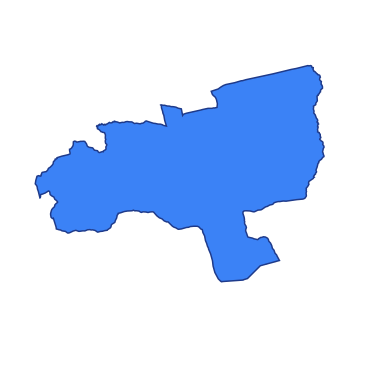 Chunya, Mbeya, United Republic of Tanzania (Robinson projection), rotated 77°
{"feature_id": "72390352B92011686492741", "entity_name": "Chunya", "entity_type": "district", "adm_level": 2, "iso_a3": "TZA", "parent_name": "United Republic of Tanzania", "parent_adm1": "Mbeya", "projection": "robinson", "projection_center": [33.407, -7.806], "detail": "fine", "context": "isolated", "style": "filled", "palette": "blue", "viewbox_px": 384, "rotation_deg": 77, "n_neighbors": 0, "source": "geoboundaries", "source_scale": "gbopen_adm2", "svg_char_len": 6023}
<svg xmlns="http://www.w3.org/2000/svg" viewBox="0 0 384 384"><g transform="rotate(77 192 192)"><path d="M278.4,122.2L273.6,123.5L272.4,123.7L270.2,124.9L267.1,125.2L265.1,126.3L262.0,126.4L259.4,127.0L257.3,128.2L255.3,128.3L254.2,128.7L253.6,129.2L252.4,130.6L251.7,132.5L251.9,134.3L251.7,135.2L252.5,137.6L253.0,138.2L253.2,138.7L251.3,142.6L250.7,143.1L248.6,147.5L247.9,147.8L244.6,148.1L242.0,148.5L240.5,148.0L238.9,147.0L237.2,147.1L235.2,147.8L234.0,147.8L232.7,147.3L231.5,147.4L230.3,147.0L228.2,146.9L224.3,147.2L222.9,146.8L222.2,145.6L222.2,144.8L222.5,143.3L223.5,139.8L225.1,136.7L225.3,135.5L224.5,131.9L224.9,128.9L224.7,127.9L223.0,123.6L223.0,121.9L222.2,119.3L222.2,116.5L222.0,115.8L220.9,114.3L220.7,111.6L220.7,110.3L221.1,108.5L221.3,105.2L222.1,102.4L223.0,91.7L223.8,85.9L223.8,84.7L223.4,83.3L221.9,81.7L221.4,81.4L218.7,81.1L217.2,80.3L216.0,80.4L214.9,79.9L214.0,79.9L212.7,78.1L211.0,76.5L210.7,76.3L209.6,76.5L208.0,75.7L206.1,70.9L205.3,70.2L205.1,69.6L204.4,70.1L203.2,69.2L203.2,68.9L202.6,68.5L202.4,67.7L201.3,67.3L201.1,66.8L200.4,66.1L198.8,66.3L197.8,65.8L195.9,64.5L192.5,62.8L192.0,61.9L190.8,61.6L189.5,59.5L189.4,58.8L189.0,58.2L188.5,57.8L187.4,56.3L187.2,55.5L186.2,55.3L184.9,55.6L183.4,55.5L182.4,55.8L179.2,54.3L178.1,53.3L176.9,53.2L175.1,53.9L173.8,53.3L172.8,53.3L172.1,53.7L171.4,54.6L170.6,54.9L169.5,55.7L168.7,55.3L168.1,54.3L167.5,54.2L166.9,54.5L164.6,54.1L163.3,54.8L162.7,54.7L161.7,56.1L160.7,55.7L159.5,55.7L157.1,54.5L156.7,55.0L156.1,54.7L155.4,54.6L154.5,54.0L154.2,53.4L153.2,54.0L152.6,53.7L152.1,54.4L151.6,54.3L151.4,53.9L150.5,53.4L149.4,53.5L148.0,54.2L144.5,54.6L142.4,55.6L140.6,54.9L138.5,55.1L136.7,54.4L135.7,54.4L134.8,51.9L134.3,51.6L133.8,51.6L133.2,51.3L131.4,49.4L127.2,48.7L126.6,48.5L126.2,47.3L125.3,47.1L125.1,46.3L123.3,44.6L123.3,44.3L121.7,43.8L120.9,42.8L120.4,41.6L119.0,41.2L117.2,41.3L116.3,41.9L114.6,41.6L113.4,41.1L112.3,42.0L111.1,42.4L109.5,41.8L109.0,41.1L107.1,41.3L106.5,41.9L106.0,43.0L105.2,43.2L104.7,43.8L102.7,44.9L101.5,46.2L101.0,46.1L100.0,46.5L98.1,45.9L97.7,47.1L96.4,47.1L95.8,47.5L95.5,48.0L95.4,49.7L94.9,50.6L94.9,51.3L95.1,62.7L94.9,67.8L95.1,86.5L94.7,114.2L94.9,117.6L94.7,119.1L95.1,125.9L94.9,134.8L95.3,137.5L96.3,140.5L97.5,143.3L98.2,150.6L101.5,150.2L103.0,149.4L104.3,148.3L105.8,147.7L107.5,147.4L111.7,147.4L115.2,148.6L115.2,151.1L114.9,152.2L115.0,153.6L114.1,157.5L114.0,163.1L114.1,165.0L114.0,179.7L114.2,182.0L114.3,182.8L115.3,183.9L108.6,183.7L107.2,186.7L105.7,188.6L104.6,191.2L104.1,193.2L103.3,194.5L102.6,196.9L101.3,199.2L101.1,200.4L100.1,202.6L100.2,202.9L100.9,202.4L103.2,202.8L106.6,202.5L108.6,202.6L111.1,202.2L116.1,202.5L122.0,202.1L120.6,205.0L119.8,205.7L118.8,207.5L118.1,210.0L117.0,212.2L116.3,214.2L112.5,220.6L112.6,221.6L113.3,222.6L113.9,224.4L113.7,225.6L113.9,227.3L112.5,230.5L112.3,232.7L110.2,234.8L109.4,237.8L108.9,238.7L108.6,240.4L108.9,242.7L108.4,244.3L108.4,246.9L106.9,249.2L106.4,250.6L105.6,251.4L105.6,251.9L106.1,252.0L106.2,252.3L105.9,253.4L105.9,253.7L106.4,254.0L106.5,255.0L106.2,256.3L105.6,256.9L106.6,259.2L106.6,260.4L106.9,260.6L106.8,260.9L107.1,261.4L106.4,262.1L106.9,262.8L106.8,263.2L106.4,263.3L105.3,264.5L105.8,264.8L105.5,266.2L105.9,266.1L106.0,267.0L105.4,267.2L105.7,267.6L105.7,268.0L106.4,268.3L106.4,269.3L106.0,269.6L106.2,270.0L106.5,270.2L107.2,270.0L108.0,269.5L108.4,269.5L108.7,269.9L109.1,269.9L110.5,268.3L112.9,267.0L113.1,266.3L113.7,265.7L114.5,263.9L116.9,263.5L120.1,264.4L121.2,264.1L121.9,264.7L123.6,265.2L125.3,265.2L126.3,264.4L126.7,264.4L127.6,264.8L128.7,265.8L130.7,266.1L131.3,266.7L132.1,269.1L132.7,269.4L132.5,269.7L132.6,271.9L132.8,272.8L132.6,273.7L131.9,274.3L130.5,274.8L129.3,277.7L126.8,278.8L126.5,279.2L125.3,282.2L124.4,283.2L123.7,283.7L121.2,284.0L118.6,285.1L118.1,286.4L117.9,287.9L117.6,288.9L117.5,292.9L117.1,293.5L116.5,293.8L116.0,295.2L116.4,296.3L119.3,297.1L120.2,297.6L122.1,299.5L122.8,301.0L122.8,301.7L124.3,302.0L126.7,302.0L127.5,302.4L127.8,304.4L127.8,310.8L128.2,315.8L128.8,315.8L129.0,316.0L129.3,317.0L129.1,317.8L130.5,318.7L131.0,319.8L131.5,320.3L133.2,320.9L134.5,322.3L136.0,324.7L136.4,326.0L136.9,326.8L137.9,327.4L139.3,329.3L139.2,333.5L139.9,334.3L141.2,334.9L141.5,335.4L142.2,335.4L142.5,335.8L142.3,336.6L141.6,337.6L141.7,339.4L141.4,339.2L145.4,341.5L148.8,342.9L150.7,342.0L152.0,341.7L154.3,341.9L156.7,341.6L163.5,341.5L163.4,341.1L161.8,340.4L161.0,340.3L160.4,339.9L160.4,337.8L160.1,336.8L160.1,335.7L158.7,331.6L159.3,330.9L160.0,330.6L162.6,330.8L164.3,329.5L165.9,327.7L168.2,327.3L169.8,326.0L171.4,325.2L171.9,325.4L172.9,327.4L173.6,328.4L175.5,329.4L176.4,331.1L177.4,332.4L178.3,333.1L181.1,334.6L182.4,334.9L184.9,335.0L186.4,334.0L186.6,333.6L186.4,333.0L195.6,332.3L197.5,332.5L199.0,329.8L199.3,328.8L200.6,327.4L201.9,324.2L203.9,322.5L204.2,321.3L204.1,320.1L203.3,316.5L203.2,313.8L204.8,311.3L205.0,310.5L205.3,307.1L205.8,305.1L205.3,302.0L205.6,300.8L205.6,300.0L206.3,298.9L206.5,297.4L207.7,295.0L209.7,293.2L209.9,292.7L209.8,290.2L210.1,288.0L210.0,285.7L210.2,283.2L209.8,282.8L208.5,279.5L207.7,278.8L205.9,278.0L205.3,277.1L204.3,274.1L202.6,273.1L201.3,272.1L200.9,271.6L199.0,270.6L198.0,270.3L197.5,269.8L197.2,269.2L196.2,268.8L196.2,266.2L195.8,262.4L196.0,259.2L196.8,254.6L196.5,253.2L197.4,252.1L197.8,250.2L198.7,247.9L200.0,246.7L200.5,245.8L200.3,244.2L201.2,241.2L202.0,239.7L202.1,239.0L202.0,237.7L202.4,234.9L203.0,233.9L207.3,231.6L209.8,229.6L211.5,227.2L213.9,225.6L215.4,223.5L215.8,222.0L220.9,218.8L222.3,217.4L223.2,215.9L224.9,214.2L225.3,213.5L225.6,210.6L225.3,205.4L225.6,203.3L225.3,201.4L225.8,197.7L226.4,195.3L226.6,194.5L227.4,193.3L230.3,191.5L230.9,190.4L234.0,190.5L237.7,189.6L242.5,189.8L245.2,189.3L248.6,189.1L250.2,188.6L251.4,188.7L256.4,187.8L263.6,187.5L268.9,188.1L275.6,187.8L282.6,185.9L285.6,184.0L286.1,183.3L285.9,183.0L286.2,182.4L286.2,181.7L289.3,162.0L289.1,161.8L288.8,157.4L279.2,142.0L278.4,122.2Z" fill="#3b82f6" stroke="#1e3a8a" stroke-width="1.5"/></g></svg>